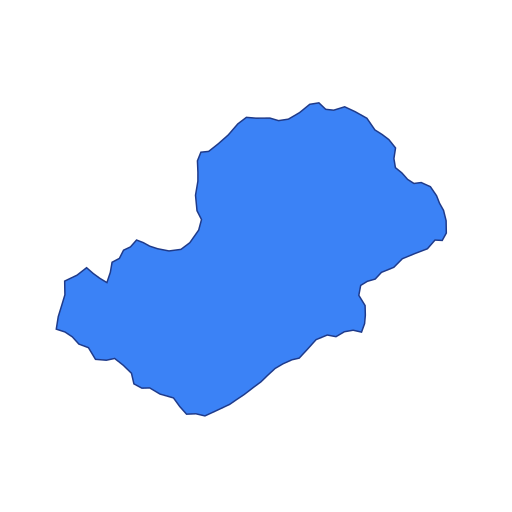 outline of Bom Jesus dos Perdões, São Paulo, Brazil, rotated 205°
{"feature_id": "56859067B70842642043037", "entity_name": "Bom Jesus dos Perdões", "entity_type": "district", "adm_level": 2, "iso_a3": "BRA", "parent_name": "Brazil", "parent_adm1": "São Paulo", "projection": "albers", "projection_center": [-46.478, -23.173], "detail": "fine", "context": "isolated", "style": "filled", "palette": "blue", "viewbox_px": 512, "rotation_deg": 205, "n_neighbors": 0, "source": "geoboundaries", "source_scale": "gbopen_adm2", "svg_char_len": 1523}
<svg xmlns="http://www.w3.org/2000/svg" viewBox="0 0 512 512"><g transform="rotate(205 256 256)"><path d="M175.2,412.9L184.7,417.6L192.9,419.4L201.5,420.5L213.7,427.7L227.2,428.7L238.7,428.7L247.2,421.0L254.8,418.4L263.7,421.4L271.4,416.2L277.1,404.4L284.5,393.7L292.8,388.2L301.6,386.9L314.3,380.9L323.3,377.6L328.3,368.1L332.3,354.0L337.6,341.8L343.1,330.8L349.8,326.8L349.3,317.5L344.0,307.3L340.3,299.3L336.5,285.5L328.6,272.1L320.8,266.0L318.9,255.3L321.6,240.1L326.8,230.3L337.0,223.8L348.3,221.0L356.5,220.0L363.8,220.5L371.0,220.0L373.6,211.2L378.5,205.3L378.8,196.1L383.8,189.5L381.1,179.6L379.9,168.9L388.3,169.8L396.3,171.4L404.6,173.8L410.1,163.0L418.8,152.4L412.8,140.1L411.3,129.8L409.6,117.5L406.1,105.3L397.1,106.4L388.3,105.1L379.3,101.3L369.1,102.1L357.8,94.5L347.6,98.3L340.8,103.4L330.2,100.9L319.3,97.1L312.6,88.5L303.6,88.0L296.6,91.5L284.6,90.3L270.8,92.5L261.4,87.3L252.1,83.3L243.8,87.6L234.7,89.5L226.4,99.3L217.1,110.5L213.3,117.0L208.1,125.6L202.6,136.2L198.4,143.9L195.2,152.3L191.2,162.1L185.9,169.8L179.6,177.1L173.7,181.7L170.2,192.5L166.2,205.6L158.0,214.5L149.4,216.7L143.9,224.7L136.6,229.8L128.2,231.6L129.0,240.6L131.9,248.6L136.2,257.2L146.2,263.8L148.7,273.6L144.4,280.1L138.2,285.5L135.4,294.2L126.3,304.0L122.2,315.4L113.2,325.2L103.7,335.0L100.5,346.1L93.8,348.8L93.2,357.2L98.6,368.3L105.3,376.6L112.0,381.4L117.8,386.9L127.2,392.5L137.3,392.4L143.5,388.5L151.0,389.5L158.8,392.9L167.0,395.0L172.2,402.6L175.2,412.9Z" fill="#3b82f6" stroke="#1e3a8a" stroke-width="1.5"/></g></svg>